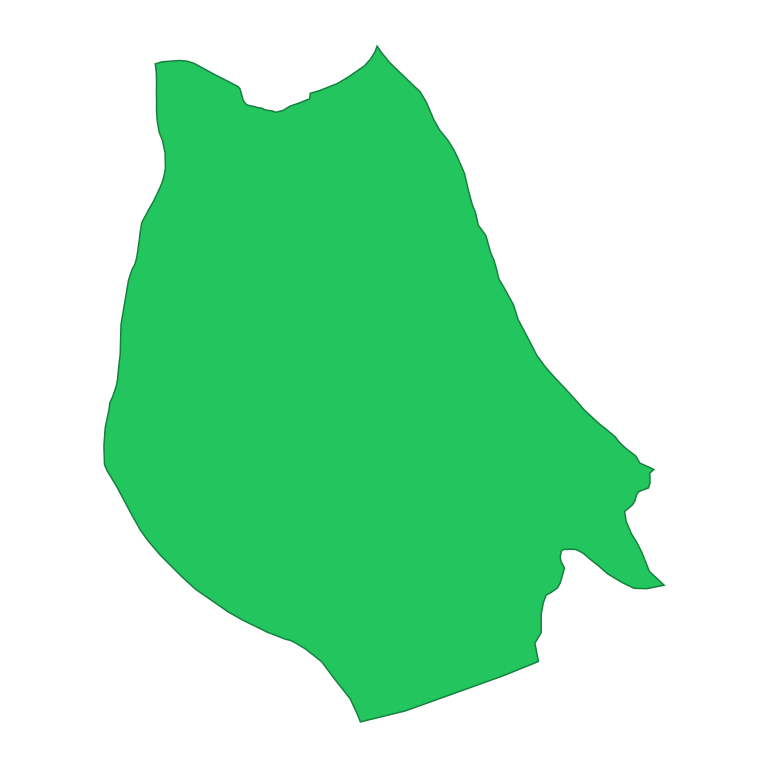 Kaysone Phomvihane, Savannakhét, Laos
{"feature_id": "54806243B84595841762541", "entity_name": "Kaysone Phomvihane", "entity_type": "district", "adm_level": 2, "iso_a3": "LAO", "parent_name": "Laos", "parent_adm1": "Savannakhét", "projection": "mercator", "projection_center": [104.87, 16.59], "detail": "fine", "context": "isolated", "style": "filled", "palette": "green", "viewbox_px": 768, "rotation_deg": 0, "n_neighbors": 0, "source": "geoboundaries", "source_scale": "gbopen_adm2", "svg_char_len": 2563}
<svg xmlns="http://www.w3.org/2000/svg" viewBox="0 0 768 768"><path d="M653.9,469.5L643.1,464.5L640.0,463.2L639.8,463.1L636.1,456.3L626.6,449.0L621.6,444.6L618.0,440.7L615.4,437.0L605.9,429.0L600.3,424.7L595.4,420.3L584.4,410.1L577.5,402.1L566.3,389.8L554.3,377.1L545.4,367.0L536.8,355.3L528.8,339.7L518.1,319.5L513.5,304.9L504.0,287.6L498.9,278.9L496.2,267.9L494.0,260.3L490.8,253.1L488.4,244.6L486.3,237.1L485.5,235.1L478.1,224.9L477.8,223.0L477.8,222.9L477.7,222.3L475.6,213.0L472.1,204.1L468.6,191.1L464.4,173.2L461.6,166.8L457.5,157.3L453.7,149.6L448.0,140.4L439.5,129.9L433.3,118.7L431.3,113.7L426.5,102.6L420.3,91.9L414.2,86.2L402.9,75.4L389.7,62.6L381.6,52.7L377.1,46.1L374.8,52.3L370.3,59.3L364.6,65.7L348.2,77.1L337.3,83.5L319.8,90.5L310.3,93.3L309.7,98.8L304.1,101.0L298.7,103.2L293.4,105.0L290.3,106.0L286.2,108.5L282.8,110.6L280.5,111.0L276.1,112.3L271.8,110.8L268.0,110.4L265.1,109.8L262.0,108.2L257.7,107.6L254.7,106.6L250.8,105.9L247.8,105.2L246.3,104.4L244.4,102.2L243.0,99.6L241.4,93.9L240.1,89.1L238.2,86.6L212.3,73.3L194.0,63.3L186.8,61.1L179.3,60.5L162.0,61.8L155.2,63.9L155.6,66.3L156.3,72.7L156.5,79.3L156.5,87.0L156.4,93.2L156.6,102.5L156.5,109.7L157.2,120.7L159.2,132.2L162.5,140.5L165.1,153.1L165.4,168.5L164.5,173.5L163.3,178.5L161.9,182.9L160.0,187.6L156.7,194.6L154.1,200.1L151.6,204.6L148.7,209.5L146.2,214.4L143.8,218.7L143.3,219.8L141.8,222.7L141.7,223.0L140.1,232.8L139.4,239.3L137.6,251.7L136.7,257.6L135.0,263.9L132.0,269.7L128.5,280.1L121.0,324.6L120.2,354.2L118.1,372.7L117.6,378.8L116.5,385.1L114.5,391.3L112.5,397.0L109.8,402.9L109.1,408.9L105.2,427.8L103.9,446.0L104.3,458.7L104.5,464.7L107.1,470.7L116.8,486.7L122.8,498.0L131.3,514.0L140.5,530.3L147.9,540.6L159.7,554.5L168.5,563.4L181.9,576.8L195.2,589.0L228.1,611.9L243.4,620.5L267.3,632.2L284.8,639.0L290.7,640.5L296.1,643.3L305.7,649.1L321.7,661.8L335.7,680.5L350.2,698.8L357.5,714.6L360.4,721.9L405.3,710.9L503.6,675.6L538.4,661.5L534.9,643.2L541.2,632.6L541.2,623.4L541.2,614.2L543.3,602.8L546.1,595.1L550.4,592.9L557.4,588.0L560.2,583.0L562.3,575.9L564.4,568.1L560.9,561.1L560.2,556.8L560.8,554.4L561.1,551.5L563.2,549.6L569.7,549.3L574.4,549.3L577.2,550.0L583.4,553.4L590.2,559.3L598.6,565.9L598.8,566.1L607.4,573.7L621.9,582.4L629.4,586.1L634.1,588.3L646.6,588.7L664.1,585.2L658.9,580.3L654.1,575.8L649.4,571.4L645.6,561.9L641.7,552.1L636.9,542.6L631.4,533.8L626.2,521.5L624.6,511.5L632.2,505.1L634.9,501.1L636.5,494.8L638.9,491.6L643.6,489.6L648.4,488.0L650.0,483.2L650.0,478.0L649.6,473.3L653.9,469.5Z" fill="#22c55e" stroke="#15803d" stroke-width="1.5"/></svg>